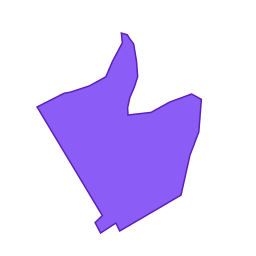 Yeonsu-gu, South Korea, rotated 329°
{"feature_id": "91817680B14745943099772", "entity_name": "Yeonsu-gu", "entity_type": "district", "adm_level": 2, "iso_a3": "KOR", "parent_name": "South Korea", "parent_adm1": "", "projection": "equal_earth", "projection_center": [126.672, 37.385], "detail": "fine", "context": "isolated", "style": "filled", "palette": "violet", "viewbox_px": 256, "rotation_deg": 329, "n_neighbors": 0, "source": "geoboundaries", "source_scale": "gbopen_adm2", "svg_char_len": 553}
<svg xmlns="http://www.w3.org/2000/svg" viewBox="0 0 256 256"><g transform="rotate(329 128 128)"><path d="M91.1,65.3L60.9,63.1L60.9,189.9L51.1,192.1L50.4,203.9L68.6,203.2L67.9,212.0L138.9,212.8L167.0,183.3L186.7,167.8L205.4,141.6L205.6,141.2L200.0,131.6L176.8,127.2L155.8,126.5L135.0,117.0L134.7,116.9L138.2,110.3L145.2,102.9L154.4,96.3L162.8,88.9L169.8,74.9L176.1,58.9L176.1,58.7L175.4,52.1L175.4,48.4L175.4,47.7L171.2,43.2L167.0,52.1L148.7,63.1L135.4,72.7L116.4,72.0L96.8,67.5L91.1,65.3Z" fill="#8b5cf6" stroke="#5b21b6" stroke-width="1.5"/></g></svg>